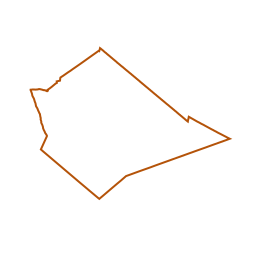 Laren, Noord-Holland, Netherlands, rotated 279°
{"feature_id": "6326949B16072016096330", "entity_name": "Laren", "entity_type": "district", "adm_level": 2, "iso_a3": "NLD", "parent_name": "Netherlands", "parent_adm1": "Noord-Holland", "projection": "robinson", "projection_center": [5.227, 52.243], "detail": "fine", "context": "isolated", "style": "outline", "palette": "amber", "viewbox_px": 256, "rotation_deg": 279, "n_neighbors": 0, "source": "geoboundaries", "source_scale": "gbopen_adm2", "svg_char_len": 5493}
<svg xmlns="http://www.w3.org/2000/svg" viewBox="0 0 256 256"><g transform="rotate(279 128 128)"><path d="M148.6,186.3L146.0,186.2L145.6,186.1L144.3,186.1L143.7,186.1L143.8,185.9L143.9,185.7L144.0,185.5L144.1,185.4L144.4,184.9L144.9,184.0L145.1,183.7L145.3,183.4L145.5,183.0L145.8,182.6L146.0,182.3L146.4,181.6L146.8,180.9L147.2,180.3L147.3,180.1L147.5,179.8L147.9,179.1L148.0,178.9L148.2,178.7L148.3,178.4L148.5,178.0L148.7,177.7L149.0,177.4L149.2,176.9L149.6,176.2L150.1,175.4L150.3,175.1L150.5,174.8L150.7,174.5L150.8,174.2L151.1,173.8L151.4,173.4L151.7,172.9L151.9,172.5L152.7,171.1L152.8,171.0L152.9,170.8L153.0,170.7L153.3,170.2L153.5,169.9L153.6,169.6L154.0,169.0L154.6,168.0L154.7,167.9L154.8,167.6L155.2,167.0L155.5,166.4L155.9,165.8L156.0,165.6L156.1,165.4L156.4,165.0L157.1,163.8L157.3,163.4L157.5,163.1L157.7,162.7L158.9,160.7L159.3,160.1L159.7,159.4L159.8,159.1L160.1,158.8L160.4,158.2L160.5,158.0L160.6,157.8L160.8,157.5L161.0,157.3L161.0,157.2L161.2,156.8L161.4,156.5L161.7,156.0L161.9,155.7L162.1,155.4L162.2,155.2L162.4,154.9L162.8,154.2L163.1,153.6L163.5,153.1L163.7,152.6L164.3,151.7L164.4,151.4L165.1,150.4L165.2,150.1L165.4,149.9L165.9,148.9L166.1,148.6L166.2,148.4L166.5,148.0L166.8,147.5L166.9,147.3L167.0,147.1L167.3,146.6L167.7,146.0L168.0,145.6L168.1,145.3L168.2,145.1L168.6,144.4L168.9,144.1L169.1,143.7L169.4,143.2L169.5,143.0L169.7,142.6L169.9,142.3L170.0,142.1L170.5,141.4L170.8,140.8L171.2,140.2L171.3,140.0L171.4,139.8L171.5,139.6L171.8,139.1L171.9,138.9L172.1,138.7L172.2,138.4L172.4,138.1L172.7,137.7L173.0,137.1L173.6,136.2L173.8,135.8L174.1,135.3L174.3,135.0L174.3,134.9L174.6,134.5L174.7,134.3L175.6,132.8L175.7,132.7L175.8,132.4L176.0,132.2L176.2,131.9L176.4,131.6L177.0,130.5L177.2,130.2L177.5,129.8L177.7,129.4L177.8,129.1L178.3,128.4L178.5,128.1L178.6,127.8L179.1,127.1L179.6,126.2L180.0,125.5L180.4,124.9L180.7,124.4L180.9,124.0L181.1,123.7L181.3,123.3L181.7,122.8L182.4,121.5L183.1,120.3L183.3,120.0L183.8,119.2L184.2,118.4L184.4,118.1L184.7,117.7L184.9,117.3L185.2,116.7L185.6,116.1L186.1,115.3L186.2,115.1L187.2,113.5L187.3,113.4L187.4,113.2L187.6,112.8L187.6,112.7L188.1,111.9L188.3,111.6L188.4,111.3L188.7,110.8L189.1,110.3L189.2,110.0L189.4,109.7L189.5,109.5L189.7,109.2L190.2,108.4L190.3,108.2L190.6,107.6L190.9,107.1L191.0,107.0L191.1,106.9L191.2,106.7L191.4,106.4L191.6,106.1L191.8,105.8L192.0,105.5L192.1,105.2L192.3,104.9L192.5,104.7L192.7,104.2L192.8,104.0L193.1,103.6L193.3,103.3L193.8,102.4L193.9,102.2L194.2,101.8L194.4,101.5L194.6,101.1L195.1,100.3L195.1,100.2L195.4,99.8L196.0,98.8L197.1,97.0L197.1,96.9L197.3,96.7L197.4,96.4L197.9,95.6L198.1,95.3L198.3,95.0L198.6,94.6L198.7,94.3L199.1,93.6L199.3,93.2L200.5,91.4L200.7,91.1L201.2,90.2L201.3,89.9L201.5,89.7L201.7,89.4L201.9,89.0L202.0,88.8L202.1,88.6L202.3,88.4L202.4,88.1L202.5,87.9L202.4,87.9L201.7,87.8L199.6,87.6L199.8,87.2L198.9,86.2L198.0,85.3L194.2,81.4L189.1,76.2L188.2,75.3L184.4,71.4L183.8,70.8L179.5,66.3L177.6,64.3L176.3,63.0L175.7,62.4L175.5,62.2L173.8,60.3L169.1,55.4L168.8,55.0L168.2,54.4L167.3,53.4L166.8,53.3L164.8,53.4L164.1,53.4L163.3,51.3L162.9,50.3L162.6,50.4L161.4,50.7L160.6,49.6L156.7,46.2L154.9,44.5L153.6,43.1L153.0,42.5L152.3,43.0L151.9,42.6L151.7,42.4L151.7,42.1L151.9,41.6L152.0,41.2L152.1,40.8L152.1,40.6L152.2,40.4L152.3,40.2L152.3,39.7L152.3,39.2L152.2,39.1L152.2,38.9L152.2,38.6L152.2,38.4L152.3,38.1L152.3,37.8L152.4,37.5L152.4,37.1L152.5,36.8L152.5,36.2L152.5,35.9L152.6,35.5L152.6,35.1L152.6,34.7L152.6,34.4L152.5,34.2L152.5,33.9L152.4,33.8L152.3,33.5L152.1,33.0L152.0,32.9L151.9,32.6L151.8,32.1L151.6,31.2L151.5,30.9L151.5,30.7L151.4,30.3L151.4,30.1L151.4,29.8L151.3,29.4L151.3,29.2L151.3,28.8L151.2,28.5L151.1,28.1L151.1,27.6L151.0,27.3L150.8,26.8L150.7,26.6L150.7,26.4L150.7,26.2L150.6,25.8L150.3,25.8L149.9,26.1L148.8,26.7L147.4,27.5L147.0,27.7L146.6,27.9L145.4,28.3L145.2,28.4L144.6,28.7L144.2,29.0L143.7,29.4L143.2,29.8L142.2,30.5L141.7,30.8L141.4,30.9L141.0,31.1L139.9,31.6L139.3,31.9L139.2,32.0L138.8,32.2L138.2,32.6L137.8,32.8L137.5,32.9L136.8,33.2L136.6,33.2L134.9,33.9L134.4,34.4L133.8,34.9L133.1,35.5L132.1,36.0L131.5,36.4L131.1,36.6L130.3,37.2L128.7,38.2L128.2,38.6L127.9,38.9L127.7,38.9L127.4,39.0L126.8,39.2L126.2,39.4L126.0,39.5L125.8,39.5L125.4,39.7L124.9,39.9L124.6,40.0L124.3,40.2L123.8,40.3L123.5,40.3L123.0,40.4L122.7,40.4L122.6,40.5L122.3,40.6L122.1,40.7L121.9,40.8L121.7,40.9L121.4,41.1L121.0,41.3L120.7,41.3L120.3,41.4L120.0,41.4L119.7,41.5L119.2,41.8L118.9,41.9L118.6,42.2L118.3,42.4L118.1,42.6L117.0,43.2L115.8,43.8L115.5,43.9L114.8,44.1L114.4,44.2L113.9,44.5L113.5,44.8L113.1,45.0L112.5,45.4L112.1,45.7L111.9,45.9L111.4,46.3L110.7,46.6L110.4,46.8L110.0,47.1L109.7,47.4L109.1,48.0L108.7,48.4L108.1,48.8L107.8,49.0L107.5,49.2L106.9,49.1L96.8,46.3L93.2,45.3L91.5,48.0L83.1,61.8L70.5,82.5L67.5,87.4L63.0,94.9L59.7,100.3L53.5,110.7L57.3,114.0L62.7,118.6L67.0,122.3L71.3,126.0L74.6,128.9L80.2,133.6L81.4,135.8L83.4,139.4L87.5,146.8L90.7,152.7L92.7,156.4L93.5,157.8L95.3,161.0L97.0,164.1L102.7,174.5L104.2,177.2L111.1,189.8L112.2,191.8L113.2,193.6L114.0,195.1L115.4,197.6L121.0,207.9L123.0,211.5L124.6,214.4L131.0,226.1L133.3,230.2L134.1,227.6L134.8,225.7L134.9,225.3L135.8,222.6L136.5,220.5L137.2,218.3L137.3,217.9L137.6,217.2L137.8,216.5L138.1,215.9L138.2,215.5L138.4,214.9L139.0,213.1L139.3,212.4L139.4,212.1L139.6,211.4L140.0,210.2L140.4,209.1L142.0,204.6L142.6,202.9L142.9,202.2L143.6,199.9L144.5,197.5L145.2,195.3L147.0,190.6L147.8,188.4L148.1,187.7L148.6,186.3Z" fill="none" stroke="#b45309" stroke-width="2"/></g></svg>